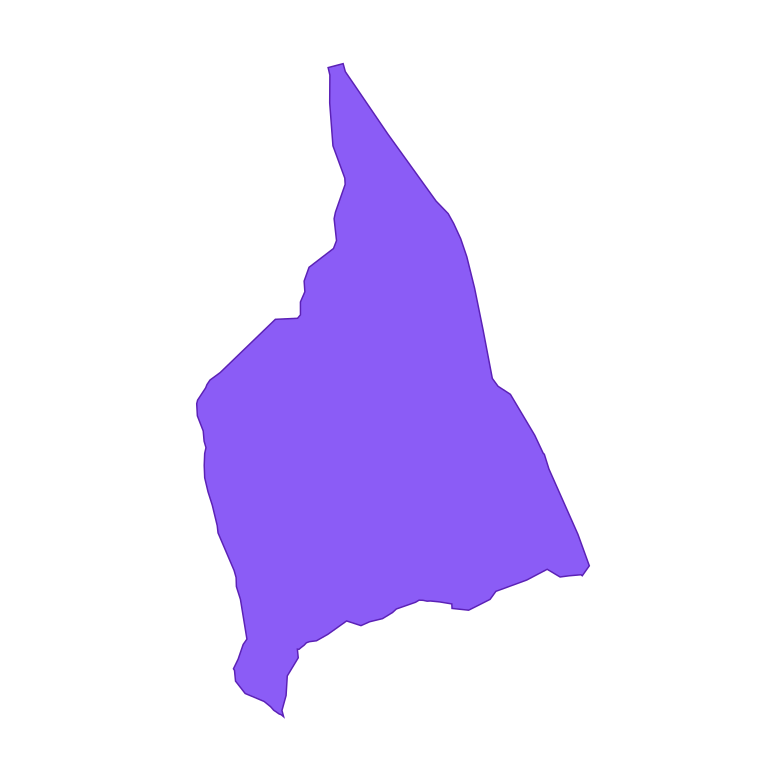 Santo Domingo Albarradas, Oaxaca, Mexico, rotated 175°
{"feature_id": "50627088B23410005526234", "entity_name": "Santo Domingo Albarradas", "entity_type": "district", "adm_level": 2, "iso_a3": "MEX", "parent_name": "Mexico", "parent_adm1": "Oaxaca", "projection": "natural_earth1", "projection_center": [-96.205, 17.064], "detail": "fine", "context": "isolated", "style": "filled", "palette": "violet", "viewbox_px": 768, "rotation_deg": 175, "n_neighbors": 0, "source": "geoboundaries", "source_scale": "gbopen_adm2", "svg_char_len": 1481}
<svg xmlns="http://www.w3.org/2000/svg" viewBox="0 0 768 768"><g transform="rotate(175 384 384)"><path d="M513.0,61.3L514.1,67.7L508.7,82.2L505.8,101.6L493.3,118.7L493.4,127.4L491.8,127.1L489.4,128.8L486.4,130.7L483.8,133.0L480.7,133.8L473.6,134.1L461.6,139.6L441.9,151.2L428.0,145.3L419.0,148.4L405.9,150.4L395.3,155.7L391.3,158.8L371.6,163.8L367.9,165.6L363.9,165.1L360.0,163.9L356.8,163.8L347.7,162.1L335.6,159.0L335.8,154.5L319.4,151.3L309.8,155.1L297.1,160.2L290.6,167.7L258.8,176.3L237.6,185.2L225.4,176.4L216.2,176.8L204.4,176.8L203.2,175.7L195.3,185.0L203.9,217.3L227.1,284.9L230.4,300.0L231.5,301.3L238.3,319.8L259.0,362.7L270.6,371.8L275.6,380.1L280.6,429.3L285.4,471.6L290.4,503.5L294.9,521.9L300.6,537.8L305.2,548.1L316.2,561.7L358.3,632.5L385.8,681.6L386.2,682.3L386.3,682.5L395.3,698.5L396.8,706.7L412.1,704.1L411.0,696.4L413.6,668.7L414.1,625.7L405.1,592.5L405.3,586.2L417.4,559.4L419.3,553.0L418.8,531.0L422.5,523.4L448.5,506.8L454.6,493.5L454.8,482.8L460.1,473.0L461.2,460.2L464.4,457.0L486.6,457.9L546.3,409.6L557.0,403.1L560.4,398.9L562.0,395.7L571.1,384.2L572.3,380.7L572.7,368.5L568.2,353.0L568.2,342.7L566.9,336.1L568.7,330.4L570.2,318.6L570.8,306.2L568.7,291.9L565.6,278.1L562.5,257.5L562.3,250.1L549.6,211.4L548.2,204.1L548.7,195.0L545.8,182.0L542.8,141.8L547.0,136.8L553.3,122.6L558.8,113.4L557.9,111.8L557.8,100.9L549.3,87.8L531.1,78.2L525.1,72.4L522.3,68.6L517.2,64.4L515.2,63.5L513.0,61.3Z" fill="#8b5cf6" stroke="#5b21b6" stroke-width="1.5"/></g></svg>